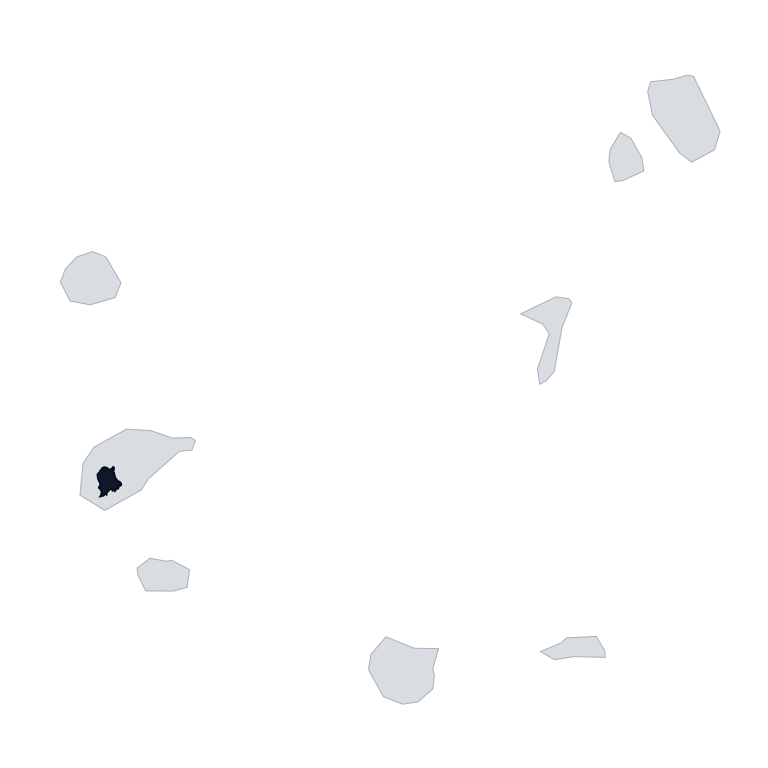 Sao Nicolau Tolentino, São Domingos, Cabo Verde (highlighted), rotated 92°
{"feature_id": "66160863B10929768356041", "entity_name": "Sao Nicolau Tolentino", "entity_type": "district", "adm_level": 2, "iso_a3": "CPV", "parent_name": "Cabo Verde", "parent_adm1": "São Domingos", "projection": "robinson", "projection_center": [-23.566, 15.021], "detail": "fine", "context": "in_parent", "style": "filled", "palette": "ink", "viewbox_px": 768, "rotation_deg": 92, "n_neighbors": 0, "source": "geoboundaries", "source_scale": "gbopen_adm2", "svg_char_len": 5736}
<svg xmlns="http://www.w3.org/2000/svg" viewBox="0 0 768 768"><g transform="rotate(92 384 384)"><path d="M520.1,658.7L505.6,684.0L473.7,682.0L457.2,671.6L438.1,639.8L438.7,615.2L445.4,593.9L444.3,575.4L447.0,570.5L456.8,573.7L458.4,586.2L487.4,616.6L498.2,622.6L520.1,658.7ZM105.9,125.1L82.5,130.7L72.6,128.0L69.4,106.1L64.7,91.7L65.8,85.3L119.5,57.0L138.4,61.8L151.6,84.3L142.6,96.8L105.9,125.1ZM646.6,320.3L666.6,325.3L674.2,323.5L687.0,324.6L700.7,339.1L703.3,354.4L696.5,373.7L670.0,389.5L654.7,387.6L636.6,373.2L647.0,344.8L646.6,320.3ZM312.1,700.5L293.3,711.0L280.2,706.4L267.8,695.6L261.8,679.9L266.7,666.4L292.0,650.4L307.0,655.6L315.1,680.3L312.1,700.5ZM365.5,214.3L375.4,222.4L378.7,228.2L364.0,231.2L328.2,220.6L318.7,227.1L309.1,249.9L291.0,215.4L292.2,202.7L296.1,199.0L321.5,208.1L365.5,214.3ZM583.2,623.3L576.5,624.3L566.4,611.9L568.7,594.7L567.5,590.2L576.4,571.9L593.9,573.5L598.3,587.0L599.1,615.1L583.2,623.3ZM173.7,160.4L153.9,167.0L141.7,166.2L124.2,156.4L129.7,145.9L148.8,134.2L161.9,131.8L172.5,152.6L173.7,160.4ZM653.5,204.2L645.9,218.3L636.4,197.6L631.4,192.7L628.9,163.0L642.8,154.1L649.5,153.4L649.8,184.1L653.5,204.2Z" fill="#d9dde1" stroke="#a8b0b8" stroke-width="1"/><path d="M494.5,643.1L494.3,643.1L493.9,642.9L493.7,643.0L493.2,643.0L492.9,643.1L492.7,643.4L492.5,643.5L492.4,643.6L492.2,643.5L491.8,643.7L491.7,643.9L491.5,644.2L491.2,644.3L491.0,644.6L490.9,644.8L490.8,645.1L490.5,645.3L490.5,645.9L490.6,646.0L490.8,645.9L490.6,646.3L490.3,646.5L490.1,646.7L490.0,646.8L489.9,647.0L489.6,647.1L489.4,647.2L489.3,647.3L489.1,647.4L488.9,647.5L488.7,647.8L487.9,648.5L487.5,648.7L487.4,648.7L487.0,648.9L486.6,649.3L486.3,649.6L486.0,649.8L485.9,649.8L485.9,649.7L485.7,649.6L485.4,649.6L485.2,649.7L484.7,649.8L484.3,649.9L484.3,650.0L484.2,650.1L483.9,650.3L483.7,650.3L483.4,650.4L483.3,650.6L483.2,650.6L482.9,650.6L482.7,650.6L482.3,650.5L482.3,650.8L482.3,651.2L482.2,651.3L481.9,651.5L481.8,651.4L481.7,651.5L481.4,651.4L481.2,651.3L481.1,651.2L480.8,651.3L480.7,651.4L480.3,651.5L480.1,651.4L479.8,651.0L479.5,651.1L479.3,651.0L479.3,650.9L479.2,650.8L478.9,650.9L478.6,650.9L478.2,650.8L477.8,650.8L477.7,650.9L477.4,650.8L477.3,650.7L477.2,650.7L477.0,650.8L476.7,650.9L476.7,651.0L476.3,651.6L476.3,651.9L476.3,652.0L476.5,652.0L476.9,652.2L477.1,652.3L477.2,652.2L477.3,652.4L477.4,652.5L477.5,652.6L477.5,652.8L477.6,653.0L477.9,652.9L478.0,653.0L478.2,652.8L478.4,652.7L478.4,653.0L478.5,653.3L478.7,653.7L478.7,654.0L478.7,654.5L478.8,655.2L478.6,656.1L478.6,656.3L478.5,656.6L478.4,656.8L478.2,657.0L477.9,657.2L477.8,657.5L477.6,657.6L477.5,657.8L477.3,657.8L477.3,658.0L477.2,658.1L477.2,658.3L477.3,658.7L477.3,658.8L477.2,658.9L477.2,659.0L477.0,659.3L476.8,659.6L477.2,660.1L477.2,660.4L476.9,660.6L476.7,660.9L477.1,661.5L477.3,661.7L477.3,661.8L477.7,662.6L477.9,662.7L478.3,663.2L478.5,663.3L478.8,663.3L479.3,663.6L479.9,663.6L480.0,663.9L480.1,664.5L480.3,664.6L480.6,664.7L480.8,664.6L481.1,664.6L481.4,664.9L481.6,665.1L482.2,665.5L482.6,665.8L483.2,666.5L483.5,666.6L484.1,667.1L484.7,667.3L485.4,667.3L485.5,667.3L485.4,667.3L485.5,667.2L485.8,667.1L486.1,667.2L486.3,667.2L486.8,667.0L487.7,666.9L487.9,666.8L488.4,666.7L488.6,666.5L489.0,666.5L489.2,666.3L489.5,666.2L490.1,666.0L490.4,666.0L490.5,665.9L490.5,665.7L490.6,665.4L490.8,665.4L491.4,665.1L491.6,665.2L492.0,665.1L492.4,664.8L492.7,664.4L492.9,664.5L493.2,664.6L493.5,664.4L493.9,664.2L494.0,664.2L494.3,664.1L494.6,664.0L494.9,664.2L495.2,664.5L495.4,664.5L495.7,664.4L495.9,664.5L496.1,664.9L496.3,665.1L496.6,665.1L496.9,664.9L497.1,664.8L497.2,665.2L497.2,665.4L497.3,665.5L497.7,665.5L498.0,665.4L498.1,665.1L498.0,664.9L498.0,664.7L498.3,664.5L498.4,664.4L498.3,664.2L498.6,663.8L498.7,663.6L499.0,663.5L499.3,663.5L499.7,663.9L499.8,663.9L500.0,663.7L500.2,663.4L500.1,663.2L500.7,662.7L500.8,662.8L501.1,662.7L501.3,662.7L501.5,662.7L501.5,662.0L501.6,661.9L501.9,662.1L502.2,662.4L502.4,662.3L502.6,662.4L502.7,662.5L502.8,662.5L503.0,662.5L503.4,662.9L503.5,662.9L503.7,662.7L503.9,662.7L504.1,662.9L504.3,663.0L504.6,663.0L504.8,663.0L505.2,663.1L505.5,663.3L505.7,663.5L506.0,663.7L506.1,663.8L506.2,664.0L506.2,663.9L506.4,663.8L506.5,663.9L506.5,663.3L506.3,663.0L506.2,662.9L505.9,662.8L506.0,662.7L506.1,662.4L506.0,662.2L505.9,662.1L505.7,661.9L505.7,661.6L505.4,661.4L505.5,661.3L505.6,661.0L505.7,660.8L505.6,660.5L505.5,660.4L505.4,660.4L505.1,660.3L505.0,660.2L504.9,659.8L504.9,659.7L504.7,659.5L504.1,659.3L504.2,659.1L504.0,658.9L504.0,658.6L503.9,658.4L504.0,658.2L503.9,657.9L503.9,657.7L504.0,657.7L504.1,657.4L504.3,657.3L504.5,657.2L504.3,657.1L504.1,657.2L503.9,657.2L503.6,657.2L503.3,657.2L502.8,657.3L502.4,657.1L502.2,657.2L502.0,656.9L501.8,656.8L501.7,656.8L501.6,656.7L501.5,656.3L501.3,656.2L501.2,656.3L501.0,656.2L500.8,656.0L500.7,656.0L500.4,656.1L499.8,655.7L499.7,655.6L499.7,655.4L499.9,655.2L500.0,655.0L499.7,654.9L499.6,654.7L499.3,654.5L499.2,654.4L498.9,654.0L498.7,653.7L498.7,653.4L498.6,653.0L498.5,652.8L498.3,652.7L498.3,652.4L498.1,652.2L499.1,652.0L499.3,652.1L499.7,651.9L499.8,651.8L500.2,651.8L500.3,651.6L500.3,651.4L500.0,651.1L499.9,650.9L499.9,650.7L499.9,650.4L500.0,650.1L500.2,649.8L500.2,649.5L500.7,649.2L500.3,648.9L500.1,648.9L499.9,648.8L499.8,648.6L499.5,648.6L499.4,648.6L499.1,648.6L499.0,648.3L498.9,648.2L498.8,648.3L498.7,648.4L498.4,648.2L498.3,647.7L498.2,647.4L498.3,646.9L498.0,646.6L497.9,646.3L497.9,646.2L497.7,646.0L497.7,645.9L497.4,645.7L497.2,645.6L496.9,645.7L496.6,645.5L496.5,645.4L496.3,645.3L496.2,645.4L495.1,645.2L494.9,645.1L494.6,645.1L494.7,644.8L494.7,644.6L494.8,644.4L495.0,644.0L494.9,643.8L494.7,643.6L494.5,643.4L494.5,643.2L494.5,643.1Z" fill="#0f172a" stroke="#020617" stroke-width="1.5"/></g></svg>